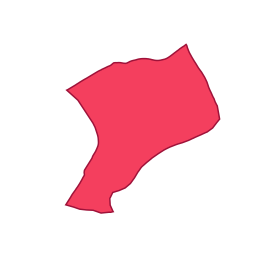 the district of Az Zahir, Al Bayda', Yemen, rotated 239°
{"feature_id": "15242507B38205653347436", "entity_name": "Az Zahir", "entity_type": "district", "adm_level": 2, "iso_a3": "YEM", "parent_name": "Yemen", "parent_adm1": "Al Bayda'", "projection": "mercator", "projection_center": [45.434, 13.999], "detail": "fine", "context": "isolated", "style": "filled", "palette": "rose", "viewbox_px": 256, "rotation_deg": 239, "n_neighbors": 0, "source": "geoboundaries", "source_scale": "gbopen_adm2", "svg_char_len": 2706}
<svg xmlns="http://www.w3.org/2000/svg" viewBox="0 0 256 256"><g transform="rotate(239 128 128)"><path d="M169.7,220.8L169.6,219.8L169.4,218.3L169.4,216.4L169.3,214.8L169.2,213.2L168.9,211.5L168.8,209.9L168.6,208.3L168.4,206.3L168.2,204.7L168.0,202.9L167.8,201.0L167.7,199.0L167.7,197.4L167.9,195.7L168.1,194.8L168.2,194.4L168.4,193.9L168.9,192.3L169.4,190.7L170.1,189.1L171.0,187.5L172.1,186.0L172.8,185.2L173.3,184.7L174.4,183.5L175.1,182.9L175.5,182.4L176.7,181.1L177.1,180.5L177.7,179.8L178.6,178.5L179.5,177.0L180.4,175.4L181.1,173.8L181.7,172.3L182.0,171.2L182.2,170.5L182.3,170.0L182.6,169.0L183.2,167.3L183.7,165.5L184.0,163.9L184.0,163.3L184.1,162.2L184.2,160.6L184.7,159.1L185.0,158.7L185.7,157.7L186.9,156.3L188.1,154.9L189.0,153.5L189.2,153.1L189.7,152.1L190.6,150.7L191.2,149.2L191.0,147.7L190.7,146.0L190.7,144.4L191.0,142.9L191.2,141.0L191.3,139.5L191.5,137.8L191.6,136.7L191.7,136.0L191.7,134.4L191.9,132.9L192.0,131.0L192.0,129.3L192.0,127.6L192.0,126.0L192.0,124.4L192.0,122.8L192.0,121.3L192.0,119.3L192.0,117.7L192.1,115.8L192.1,114.0L192.1,112.2L192.1,110.5L192.0,108.6L192.0,106.8L191.9,105.2L191.9,103.4L191.9,101.7L191.9,99.7L191.9,97.7L191.9,96.0L192.0,95.0L177.6,99.4L150.3,100.5L145.3,100.1L141.4,99.2L138.4,98.5L136.6,98.0L135.0,97.4L134.8,97.3L133.0,96.4L131.1,95.4L129.6,94.4L128.2,93.1L126.9,91.4L125.8,89.9L125.6,89.5L124.9,88.6L124.0,87.0L123.0,85.0L122.6,84.3L122.0,83.2L120.9,81.9L120.5,81.3L116.1,72.6L114.2,68.9L112.6,67.6L110.1,66.4L109.8,65.9L109.4,65.1L108.5,63.5L107.3,61.6L106.2,59.6L106.0,59.3L105.2,57.8L104.4,56.2L103.5,54.4L102.7,52.5L101.8,50.7L101.7,50.4L101.2,49.2L100.5,47.6L99.8,46.0L99.0,44.5L98.2,43.1L97.5,41.7L94.2,35.1L88.2,40.7L83.3,44.8L79.1,50.3L75.5,55.7L69.0,61.1L65.5,68.5L64.7,69.7L64.6,70.0L64.2,71.3L63.9,72.2L64.6,72.2L71.1,73.0L77.0,76.1L77.7,77.3L80.6,81.7L80.5,82.0L80.2,83.3L79.7,85.4L79.0,88.1L78.1,94.8L78.4,96.5L79.2,101.5L82.0,108.0L84.6,112.8L85.2,113.9L85.3,114.3L87.3,118.8L87.7,120.0L88.9,126.5L89.1,128.1L89.9,133.4L90.0,134.8L90.2,137.7L90.4,140.4L90.6,147.3L90.5,149.6L90.3,152.1L90.1,154.1L89.0,160.6L88.6,162.5L87.4,167.1L86.2,173.6L85.9,176.4L85.9,176.9L85.6,179.0L85.5,180.6L84.8,185.9L84.6,187.4L84.5,188.5L84.1,192.1L83.8,194.0L83.9,194.6L84.4,200.5L86.9,206.8L88.2,210.4L88.4,211.1L101.0,215.9L101.8,215.9L103.4,216.0L105.9,216.2L108.7,216.8L111.1,216.9L113.6,217.2L114.3,217.3L116.1,217.5L118.5,217.7L121.3,218.1L123.9,218.7L126.6,219.3L129.5,219.6L132.0,219.8L134.8,219.8L137.9,219.8L141.0,219.5L143.3,219.3L145.8,219.3L148.4,219.3L150.9,219.2L153.4,219.2L155.8,219.2L158.3,219.3L161.0,219.4L163.7,219.8L166.0,220.2L168.6,220.9L169.5,220.8L169.7,220.8Z" fill="#f43f5e" stroke="#9f1239" stroke-width="1.5"/></g></svg>